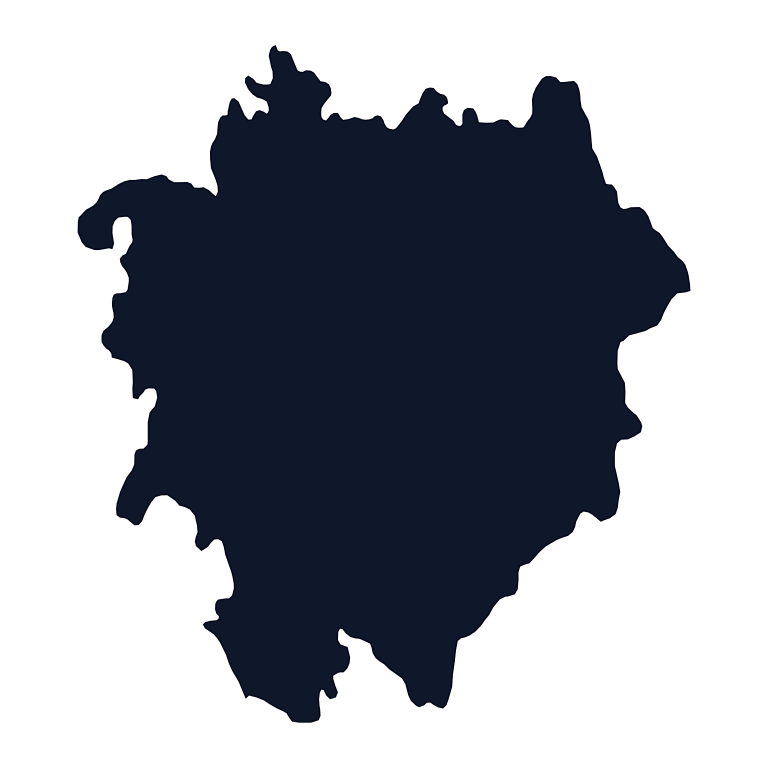 the district of Lahoysk, Minsk, Belarus, rotated 90°
{"feature_id": "67162791B73059269727639", "entity_name": "Lahoysk", "entity_type": "district", "adm_level": 2, "iso_a3": "BLR", "parent_name": "Belarus", "parent_adm1": "Minsk", "projection": "equal_earth", "projection_center": [27.771, 54.364], "detail": "fine", "context": "isolated", "style": "filled", "palette": "ink", "viewbox_px": 768, "rotation_deg": 90, "n_neighbors": 0, "source": "geoboundaries", "source_scale": "gbopen_adm2", "svg_char_len": 6096}
<svg xmlns="http://www.w3.org/2000/svg" viewBox="0 0 768 768"><g transform="rotate(90 384 384)"><path d="M290.4,78.4L284.7,78.7L276.0,80.0L271.5,81.1L265.0,83.4L261.2,86.4L257.6,90.8L252.7,94.3L246.2,100.4L237.0,106.2L233.4,109.0L230.9,113.0L228.5,115.9L216.8,120.2L212.3,123.0L210.3,124.9L207.8,128.6L208.0,137.3L209.4,141.2L209.8,144.7L208.0,148.1L202.9,150.5L191.7,151.8L187.2,154.7L185.2,156.6L185.1,159.5L184.5,162.6L177.3,165.0L172.1,166.3L157.1,171.5L148.6,176.5L132.9,177.8L125.0,178.9L119.9,180.3L107.7,187.1L100.6,188.2L93.6,188.7L88.9,189.7L84.6,191.3L81.7,194.4L82.8,204.2L82.8,208.1L78.1,212.3L76.7,218.0L76.9,221.8L79.2,225.6L88.3,231.7L94.6,234.3L99.8,235.3L109.7,234.9L114.1,235.1L118.2,237.2L122.2,240.4L126.7,243.0L128.3,244.6L128.5,248.9L128.0,252.9L126.4,255.3L123.1,258.7L120.8,260.3L120.1,267.2L121.5,270.9L123.3,274.4L123.5,281.9L123.0,289.7L115.6,291.6L112.2,293.1L109.1,295.2L108.6,300.4L110.6,303.5L114.9,304.9L123.9,304.8L126.1,306.4L127.0,309.1L125.4,312.5L121.6,314.8L114.0,324.5L110.8,326.0L107.2,326.2L104.8,324.2L104.3,322.6L103.0,320.7L99.8,321.1L97.1,322.3L95.3,324.5L94.6,328.0L91.7,332.3L88.8,334.6L88.3,337.9L89.4,341.9L93.7,344.8L99.1,347.1L103.8,348.7L107.2,354.6L115.0,361.4L122.0,366.0L128.9,371.5L130.3,374.6L129.3,379.3L128.0,381.6L123.9,384.2L120.6,385.2L117.0,387.5L116.1,390.5L117.0,393.1L119.0,395.1L120.1,398.7L120.5,402.1L120.1,405.8L118.5,410.1L117.8,413.5L119.8,419.2L120.7,425.1L117.8,428.0L113.7,430.5L113.7,434.0L115.3,436.8L118.2,438.9L121.4,441.7L120.2,445.3L117.3,447.3L113.5,447.6L108.3,447.3L104.7,445.3L98.9,440.9L95.3,437.8L92.8,437.3L88.3,438.0L84.9,439.6L82.9,442.8L81.8,448.1L73.2,454.4L71.4,457.5L71.0,461.5L72.7,465.4L72.3,468.6L70.7,471.2L54.5,477.8L52.2,480.9L51.8,484.8L52.2,488.6L50.6,491.0L46.1,492.7L47.4,495.4L50.0,497.1L55.8,498.5L66.7,496.2L71.3,494.7L78.3,494.4L84.6,497.0L85.3,499.5L85.3,504.9L83.5,511.8L79.6,515.1L76.5,519.7L78.6,522.0L82.4,522.3L88.8,519.2L93.7,515.1L96.9,510.5L98.3,505.4L101.1,500.6L107.4,498.5L111.3,498.5L114.8,500.8L112.4,504.6L110.9,508.5L112.0,511.5L116.6,514.4L120.1,515.9L120.4,520.0L115.5,524.1L102.1,530.0L98.9,534.0L99.3,535.8L102.4,537.6L111.9,539.6L114.9,539.6L116.2,541.7L116.2,545.0L118.0,547.1L122.3,549.1L129.7,549.9L134.0,550.1L139.6,552.4L143.2,554.8L146.3,556.1L152.0,557.3L159.4,557.1L167.9,556.3L179.4,551.7L185.1,549.9L191.8,549.3L197.4,551.9L195.4,554.5L190.7,559.6L188.0,564.7L188.6,569.1L188.2,574.3L184.1,577.3L182.8,580.7L183.0,594.0L180.0,599.8L176.7,602.2L175.3,606.5L176.9,613.2L180.0,621.1L179.8,626.5L180.7,633.1L180.7,638.0L182.0,643.3L184.5,648.7L189.4,656.3L191.4,662.1L192.8,664.7L195.5,667.2L200.4,669.3L203.4,671.4L206.3,674.4L210.3,681.5L217.8,688.6L222.0,689.4L232.4,689.6L241.9,685.6L246.2,682.0L249.3,673.4L249.3,669.1L247.5,659.1L248.2,656.1L243.5,654.7L233.1,656.3L226.1,656.1L220.5,653.8L216.9,650.2L216.0,643.1L216.2,639.9L219.4,636.6L225.0,635.7L234.5,635.6L239.7,634.6L242.6,635.1L245.7,637.4L249.1,639.2L254.5,641.5L256.1,645.1L259.0,647.4L262.4,646.9L266.2,645.0L268.5,643.0L271.9,640.7L277.5,638.5L281.1,638.4L290.1,639.7L292.8,641.8L293.9,647.1L294.2,651.7L295.3,653.8L298.0,654.8L302.7,655.3L306.5,655.2L312.9,653.8L317.6,653.5L322.1,655.0L324.6,656.8L327.3,659.1L331.3,664.0L335.4,665.7L341.5,665.7L345.3,663.7L348.2,660.9L350.0,658.4L351.6,657.0L354.1,655.8L357.0,655.5L358.4,650.1L360.4,643.5L362.9,639.2L369.8,634.9L382.7,634.4L388.3,634.9L397.5,634.4L398.4,630.3L395.5,628.7L392.8,625.9L388.7,622.9L387.6,619.5L387.8,613.4L390.8,611.1L397.5,610.0L407.0,612.6L410.4,615.9L413.3,617.8L422.3,619.5L441.4,619.5L445.0,619.8L449.3,624.1L449.6,628.7L451.1,631.5L454.7,632.8L464.6,633.0L471.0,635.7L477.7,640.8L491.7,647.1L503.9,650.7L509.0,651.2L514.7,650.7L516.9,647.7L517.4,643.3L518.9,639.9L524.5,633.4L524.3,629.7L520.7,626.5L514.4,624.1L508.3,621.1L502.0,617.5L496.4,612.9L494.6,606.7L494.5,600.4L500.2,592.2L504.9,588.3L506.5,582.5L508.9,577.6L515.4,572.5L525.8,570.2L532.3,569.7L537.5,571.6L541.3,572.4L545.6,571.4L550.1,566.5L546.3,560.6L543.1,558.3L538.8,554.2L538.4,549.6L540.6,545.7L546.7,543.5L554.3,542.1L571.0,536.3L575.7,535.0L583.8,533.5L588.5,533.4L595.7,535.2L599.1,538.6L599.1,541.7L600.2,549.3L601.4,550.7L604.1,552.0L609.2,552.2L613.1,551.1L616.0,548.3L618.9,548.6L620.9,550.9L621.6,557.9L622.8,562.4L624.6,564.2L627.7,562.5L633.6,554.0L637.6,550.4L642.3,547.3L654.7,541.2L663.0,538.5L670.4,535.2L681.2,528.8L697.5,522.0L694.7,519.3L696.7,511.3L699.8,503.6L703.6,498.0L707.6,491.0L710.3,485.1L712.7,480.9L717.0,478.4L721.0,475.5L721.9,468.8L721.9,456.9L719.6,449.9L715.6,448.2L709.3,448.6L705.7,449.2L699.4,449.7L692.4,448.9L688.6,446.9L689.5,443.8L695.1,441.1L698.4,437.8L696.8,432.7L692.3,430.9L686.7,433.1L678.9,435.5L675.3,435.5L672.1,430.1L671.6,427.5L671.6,424.7L668.0,421.3L663.1,419.2L657.5,418.6L647.6,421.0L645.1,428.0L640.2,430.8L631.6,430.5L627.8,428.3L628.5,425.1L632.5,422.0L636.3,417.3L637.7,412.5L638.1,408.1L643.0,397.4L647.1,395.8L652.9,394.6L657.6,391.8L660.7,388.1L663.9,383.1L668.8,378.2L678.0,365.3L684.0,361.9L695.2,359.0L700.4,356.5L705.3,351.3L706.4,348.6L704.6,344.2L701.9,341.3L701.9,337.2L703.9,334.6L706.8,329.3L707.7,325.2L704.6,322.1L699.6,320.3L686.8,316.6L674.7,315.8L660.5,313.8L650.0,312.7L640.5,310.9L637.4,306.9L636.7,303.3L634.7,298.6L631.0,293.1L625.4,287.7L619.1,283.2L614.6,279.5L607.0,275.4L598.9,268.8L596.0,262.9L595.7,260.2L593.7,253.7L589.0,251.0L579.5,250.2L572.4,250.3L566.1,248.5L564.3,244.6L562.5,238.8L551.4,228.8L545.8,222.7L539.5,212.0L537.0,206.0L535.2,200.4L531.6,196.0L526.9,193.7L521.1,192.4L513.0,188.2L510.8,184.5L511.7,179.5L514.3,175.0L520.9,167.0L519.5,164.0L517.6,158.5L513.6,153.0L507.7,151.0L500.1,150.1L492.0,148.5L482.6,150.1L466.0,153.9L452.5,153.9L443.1,151.7L439.0,147.2L438.6,140.4L435.9,134.3L431.8,127.8L426.4,126.5L422.8,127.5L416.1,131.7L410.7,138.1L408.0,140.7L403.1,143.6L391.4,143.3L382.9,143.9L369.4,151.0L363.1,151.4L350.5,151.0L341.5,148.1L340.2,144.9L334.8,139.4L330.3,123.0L327.6,118.1L324.9,111.3L319.5,107.5L312.8,104.9L306.1,101.4L298.9,97.2L292.6,91.0L291.7,83.0L290.4,78.4Z" fill="#0f172a" stroke="#020617" stroke-width="1.5"/></g></svg>